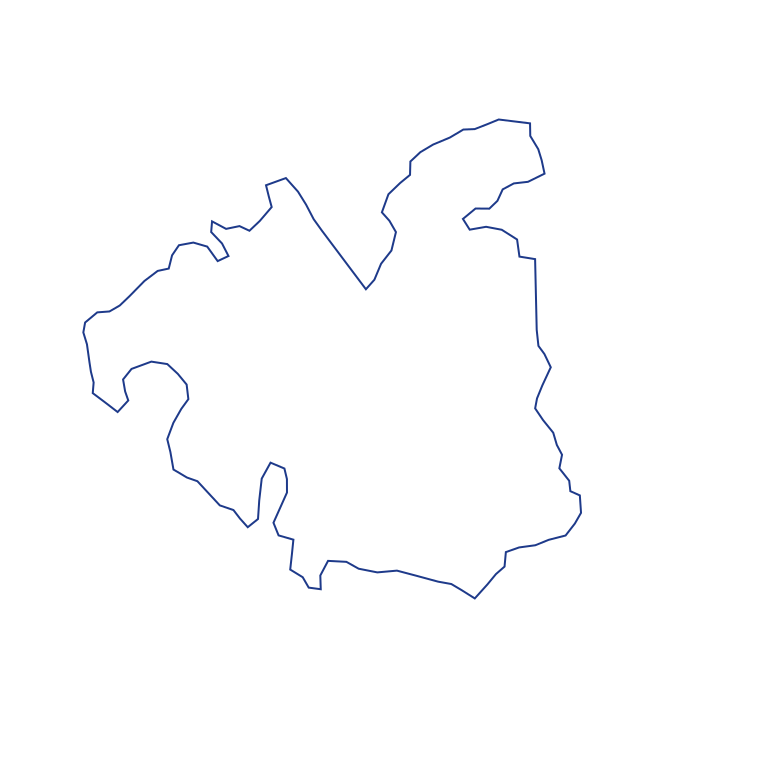 outline of Alto Alegre, Rio Grande do Sul, Brazil, rotated 240°
{"feature_id": "56859067B94197304698655", "entity_name": "Alto Alegre", "entity_type": "district", "adm_level": 2, "iso_a3": "BRA", "parent_name": "Brazil", "parent_adm1": "Rio Grande do Sul", "projection": "albers", "projection_center": [-52.981, -28.807], "detail": "fine", "context": "isolated", "style": "outline", "palette": "blue", "viewbox_px": 768, "rotation_deg": 240, "n_neighbors": 0, "source": "geoboundaries", "source_scale": "gbopen_adm2", "svg_char_len": 1906}
<svg xmlns="http://www.w3.org/2000/svg" viewBox="0 0 768 768"><g transform="rotate(240 384 384)"><path d="M485.9,628.2L498.9,632.4L510.2,635.0L525.7,634.7L536.7,640.8L555.7,615.6L557.3,603.7L559.4,590.0L564.7,579.9L564.5,564.3L566.8,546.3L566.6,531.4L563.5,518.1L552.1,511.1L550.0,498.5L546.1,482.7L533.7,468.0L522.7,470.3L509.6,470.3L495.9,457.2L489.6,441.6L479.1,427.8L475.1,415.7L547.8,406.9L561.9,405.5L578.3,406.2L593.6,405.7L611.4,402.0L615.1,381.2L604.0,378.0L593.4,375.2L587.3,357.9L584.0,344.1L593.0,337.8L597.3,324.8L610.8,316.4L602.0,310.3L586.7,314.0L572.6,313.3L573.6,301.4L591.4,299.6L601.8,289.6L606.7,275.8L601.4,264.8L591.6,255.3L595.1,244.5L593.0,228.0L587.3,207.5L584.1,194.4L584.1,182.5L589.4,171.5L586.7,155.9L579.0,149.4L566.9,146.6L550.1,139.8L541.1,136.3L530.5,133.3L521.7,127.2L508.6,132.8L492.9,139.3L497.6,154.3L507.0,156.1L518.4,160.3L523.3,172.9L519.7,193.7L509.6,206.3L495.9,210.5L482.2,212.8L468.7,207.0L463.8,196.0L455.7,182.2L444.6,168.7L431.9,165.0L415.2,158.9L401.5,166.6L393.1,173.8L361.0,181.1L350.1,190.6L339.5,192.0L328.1,194.4L330.1,207.4L345.5,217.7L363.2,230.8L372.6,246.4L360.6,255.5L350.2,252.4L338.5,245.7L319.1,218.9L305.6,217.0L294.5,227.7L282.3,218.9L270.2,210.0L257.3,217.0L245.3,217.0L237.9,226.6L250.0,233.1L258.8,247.1L248.8,262.5L236.7,269.7L224.2,284.0L215.9,301.9L202.2,315.7L185.8,332.0L177.1,342.3L166.6,348.2L152.9,355.4L158.7,373.3L163.4,385.9L165.6,397.1L177.5,405.5L174.9,419.3L168.7,434.4L166.7,448.7L162.0,465.5L167.7,479.5L173.9,490.2L189.6,497.9L198.0,491.8L207.6,496.0L223.3,493.7L233.7,502.8L244.8,503.2L257.2,506.2L273.2,503.7L287.3,502.7L295.0,509.3L303.6,520.4L315.1,536.8L329.8,537.9L339.8,536.8L354.5,543.3L416.6,577.3L426.6,565.0L442.6,571.5L458.7,563.1L469.1,551.0L474.8,535.4L487.5,534.9L490.2,551.0L483.2,562.9L485.9,573.8L493.2,584.1L492.8,596.7L487.1,609.8L485.9,628.2Z" fill="none" stroke="#1e3a8a" stroke-width="2"/></g></svg>